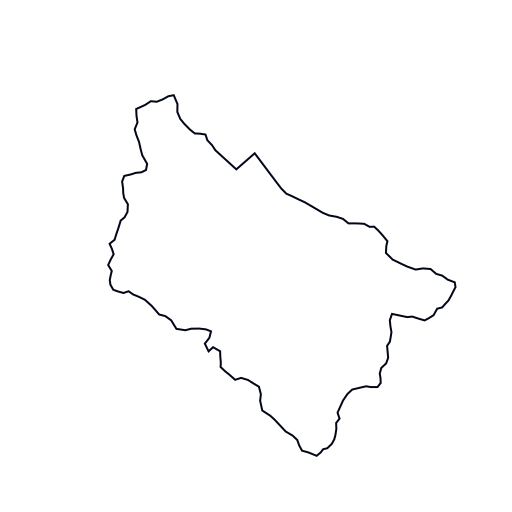 Rio do Sul, Santa Catarina, Brazil, rotated 317°
{"feature_id": "56859067B1787639962812", "entity_name": "Rio do Sul", "entity_type": "district", "adm_level": 2, "iso_a3": "BRA", "parent_name": "Brazil", "parent_adm1": "Santa Catarina", "projection": "equal_earth", "projection_center": [-49.63, -27.185], "detail": "fine", "context": "isolated", "style": "outline", "palette": "ink", "viewbox_px": 512, "rotation_deg": 317, "n_neighbors": 0, "source": "geoboundaries", "source_scale": "gbopen_adm2", "svg_char_len": 2250}
<svg xmlns="http://www.w3.org/2000/svg" viewBox="0 0 512 512"><g transform="rotate(317 256 256)"><path d="M177.0,445.2L183.3,445.1L188.1,443.5L191.7,441.3L196.8,437.3L200.7,432.8L206.2,431.9L208.8,426.2L221.2,421.0L228.7,419.3L235.3,419.3L242.7,423.5L247.7,426.4L250.7,430.3L255.5,434.7L260.6,433.9L263.8,430.2L266.3,426.4L271.3,423.3L277.9,423.3L283.2,420.6L287.1,415.6L290.6,411.1L295.4,410.0L299.3,407.1L303.1,404.1L306.3,399.2L310.1,394.2L316.0,391.1L321.3,398.7L325.0,403.9L328.9,406.8L332.3,412.9L335.4,418.1L339.8,419.3L345.5,420.4L352.6,418.1L357.1,420.6L361.7,420.1L366.4,419.8L371.7,418.1L375.4,416.7L380.7,414.8L383.4,410.8L380.1,404.1L378.8,397.3L375.6,392.0L374.8,384.6L369.7,379.0L363.5,374.8L359.4,366.9L356.7,360.2L353.5,351.9L353.1,342.4L358.1,337.6L362.2,334.8L362.7,327.1L362.8,320.4L362.4,315.1L359.0,312.2L357.1,306.3L354.0,303.0L350.2,299.2L345.9,295.3L344.9,288.1L341.7,282.3L337.1,276.2L334.3,270.0L328.4,250.2L325.7,243.5L323.0,236.5L320.7,231.1L320.5,223.7L321.4,214.7L325.1,180.0L300.7,179.2L298.4,151.0L299.4,145.2L299.4,138.1L301.9,132.7L298.4,128.3L294.8,124.6L293.9,118.3L293.7,110.2L294.1,104.2L296.7,97.0L302.2,91.3L305.5,82.3L300.9,79.4L294.5,77.8L288.6,75.5L284.7,71.1L277.9,69.9L272.8,68.2L268.6,66.8L264.2,72.0L260.4,77.5L253.7,80.6L251.1,85.7L248.2,92.9L244.7,98.8L241.5,104.8L239.2,114.4L234.2,118.1L229.2,116.6L224.8,113.2L220.1,111.0L214.3,107.6L208.9,110.2L204.9,115.9L201.6,119.7L199.1,123.7L197.6,130.8L192.1,136.1L186.2,138.1L181.2,137.8L174.8,141.5L169.2,144.5L163.6,147.7L157.3,147.2L155.4,152.7L153.1,157.6L147.0,159.6L141.7,161.8L140.3,168.6L136.6,171.0L132.6,173.9L129.9,177.8L128.6,183.4L131.0,188.0L133.9,192.7L138.8,194.9L139.9,200.3L142.4,205.7L144.9,212.2L145.7,221.5L145.3,232.8L148.7,238.1L150.1,245.2L148.1,255.0L153.7,262.1L159.2,265.1L165.2,270.6L169.4,275.6L171.7,280.4L166.2,284.0L158.8,285.2L156.3,293.4L162.4,293.4L164.8,301.2L161.3,305.2L157.8,309.7L154.4,313.1L154.8,319.3L155.6,324.6L156.3,332.3L162.0,335.0L165.6,341.2L167.2,347.4L169.0,353.6L165.3,360.4L160.3,364.7L155.2,373.3L157.5,382.5L158.0,388.6L158.0,404.6L160.3,412.3L160.7,418.7L158.4,424.0L156.9,429.8L160.3,435.3L164.1,443.5L169.4,443.8L173.3,443.1L177.0,445.2Z" fill="none" stroke="#020617" stroke-width="2"/></g></svg>